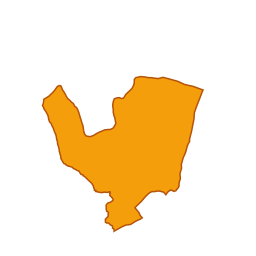 Awe, Nassarawa, Nigeria, rotated 227°
{"feature_id": "59680162B80791368745463", "entity_name": "Awe", "entity_type": "district", "adm_level": 2, "iso_a3": "NGA", "parent_name": "Nigeria", "parent_adm1": "Nassarawa", "projection": "robinson", "projection_center": [9.241, 8.214], "detail": "fine", "context": "isolated", "style": "filled", "palette": "amber", "viewbox_px": 256, "rotation_deg": 227, "n_neighbors": 0, "source": "geoboundaries", "source_scale": "gbopen_adm2", "svg_char_len": 3605}
<svg xmlns="http://www.w3.org/2000/svg" viewBox="0 0 256 256"><g transform="rotate(227 128 128)"><path d="M141.0,188.3L141.8,187.1L143.4,184.0L144.7,182.8L146.6,181.2L148.7,179.6L151.1,177.1L152.9,175.9L155.1,174.0L156.9,172.5L159.5,168.1L159.2,165.7L156.7,163.3L155.6,161.5L154.8,159.7L154.2,157.6L154.1,153.4L154.1,152.7L154.1,149.4L152.9,145.2L154.0,143.3L156.1,142.4L157.4,140.8L158.7,137.8L157.3,135.1L155.4,132.7L153.7,131.2L152.3,130.4L151.8,130.1L151.4,129.6L151.3,129.4L150.1,128.5L149.3,127.7L147.6,126.8L146.4,126.0L145.2,125.6L143.6,124.8L142.3,123.9L141.1,123.1L139.6,122.1L138.7,119.7L138.5,118.8L138.1,117.5L138.6,114.8L139.7,113.3L141.0,111.7L142.6,109.5L143.6,106.5L144.4,104.6L145.4,101.3L145.9,98.2L146.6,96.4L147.4,94.5L148.5,93.6L150.6,92.0L151.9,92.0L153.6,92.3L156.3,93.7L157.9,94.9L160.6,96.7L163.3,97.8L166.1,99.3L168.2,100.2L171.5,101.9L173.4,102.8L175.3,103.6L177.5,104.2L178.8,104.2L180.1,103.8L182.0,104.4L183.4,104.7L185.0,104.3L187.4,104.3L189.3,104.2L190.1,103.9L191.7,104.2L193.6,104.5L194.7,105.0L198.8,105.9L200.6,106.1L202.5,107.0L204.7,107.6L206.0,106.6L206.5,104.5L205.7,100.5L205.3,97.2L205.3,94.5L205.2,92.0L205.7,89.3L206.4,86.3L206.1,85.6L205.0,84.5L203.6,82.6L202.8,80.8L202.1,80.6L201.2,80.6L199.8,79.7L198.0,79.4L196.2,79.2L195.3,78.9L193.0,78.4L192.5,78.2L191.7,77.9L190.7,77.4L189.7,76.8L188.9,76.2L188.4,75.9L186.7,75.1L185.7,74.8L183.9,74.9L181.7,74.0L179.6,73.5L177.4,72.6L176.6,72.3L175.5,71.7L172.3,70.6L170.6,69.7L169.0,68.5L167.9,67.9L165.7,66.8L164.4,65.6L162.2,64.7L159.7,63.3L157.9,61.9L155.1,60.5L153.3,59.6L151.4,58.1L149.6,57.7L148.3,57.3L145.6,56.9L144.7,57.5L142.9,57.6L141.4,58.1L141.1,58.2L140.9,58.3L139.4,59.3L137.6,60.4L135.4,60.5L134.5,61.0L133.8,61.2L132.3,61.7L130.5,62.3L130.1,62.8L127.5,62.2L126.5,62.0L125.2,62.6L124.9,62.8L124.3,63.1L123.8,62.6L122.1,63.2L119.8,63.3L117.1,63.4L113.1,63.7L112.2,63.7L110.0,63.3L105.9,61.5L105.4,61.0L104.2,62.0L103.6,61.1L101.4,62.6L99.7,63.8L99.3,64.3L98.4,64.9L97.6,66.5L96.8,67.4L95.2,68.7L94.7,69.5L93.7,71.3L92.8,70.8L92.6,69.9L91.9,69.8L91.2,68.7L90.5,68.7L88.8,68.8L86.4,68.6L85.5,68.1L85.4,66.1L85.8,64.5L86.2,63.5L86.9,61.9L86.7,60.4L86.5,59.4L85.1,58.2L83.5,56.7L82.3,56.0L81.6,55.6L80.6,56.1L79.2,55.7L78.4,54.4L77.8,54.1L76.9,53.2L76.8,51.2L76.7,49.2L75.5,48.2L74.4,47.2L73.0,47.6L72.3,48.5L71.5,49.1L70.4,49.0L69.1,49.0L68.6,49.2L67.5,49.8L66.1,49.2L65.3,48.4L64.1,48.8L62.3,47.9L62.0,47.5L59.8,56.6L58.3,60.5L55.7,64.1L54.6,70.0L52.9,75.1L52.6,77.2L53.6,77.2L54.5,77.2L55.4,77.3L55.7,77.3L55.9,77.3L58.6,78.3L60.2,78.4L61.8,78.5L63.1,78.6L64.9,78.7L65.0,79.7L65.1,80.6L65.1,82.4L65.2,85.7L65.2,86.0L65.2,87.9L65.3,88.4L65.7,91.8L65.9,93.6L66.0,95.7L66.0,97.8L65.9,99.8L65.5,101.0L65.1,102.3L64.7,102.6L63.6,103.7L63.2,104.4L62.6,105.2L62.2,105.8L61.6,106.9L60.2,108.1L59.8,108.4L58.7,109.1L56.7,110.3L54.7,110.3L53.4,110.2L54.0,113.0L54.0,113.9L53.8,115.7L53.6,117.0L51.9,117.8L50.3,118.4L49.5,120.2L50.0,123.5L50.7,125.7L52.7,127.6L53.7,128.9L54.0,129.5L54.9,131.3L56.0,132.4L57.3,133.4L58.8,134.5L60.1,136.4L60.4,136.8L61.1,138.1L62.0,139.7L62.3,140.0L63.1,140.6L64.5,141.7L64.9,142.0L65.4,142.8L66.4,144.5L67.6,146.5L68.4,147.7L69.9,151.2L71.1,153.8L72.1,155.5L72.7,156.4L73.0,156.9L74.2,158.7L75.1,160.6L75.4,161.3L76.0,163.3L76.2,164.0L77.4,164.8L78.7,166.7L82.3,172.3L84.6,175.5L85.8,177.1L89.6,182.4L93.8,186.8L94.2,187.5L96.8,192.4L101.0,201.2L103.7,206.6L103.9,206.9L104.6,208.8L106.0,208.1L106.4,207.9L111.7,205.2L114.2,203.9L121.2,199.1L128.3,196.2L133.9,192.7L136.1,191.4L137.1,190.7L139.4,189.3L141.0,188.3Z" fill="#f59e0b" stroke="#b45309" stroke-width="1.5"/></g></svg>